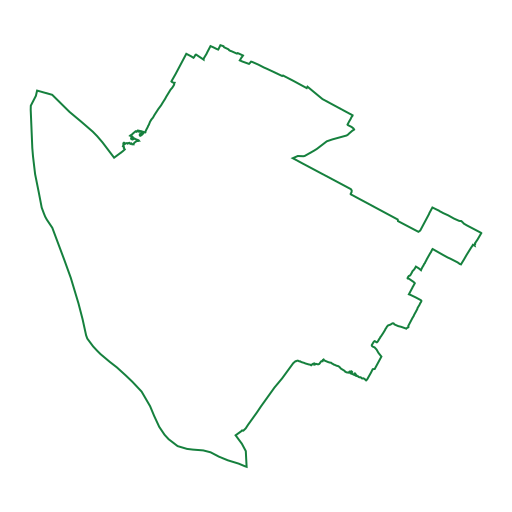 the district of Gogosu, Mehedinti, Romania
{"feature_id": "2599482B64011010556903", "entity_name": "Gogosu", "entity_type": "district", "adm_level": 2, "iso_a3": "ROU", "parent_name": "Romania", "parent_adm1": "Mehedinti", "projection": "orthographic", "projection_center": [22.618, 44.365], "detail": "fine", "context": "isolated", "style": "outline", "palette": "green", "viewbox_px": 512, "rotation_deg": 0, "n_neighbors": 0, "source": "geoboundaries", "source_scale": "gbopen_adm2", "svg_char_len": 5977}
<svg xmlns="http://www.w3.org/2000/svg" viewBox="0 0 512 512"><path d="M407.0,328.9L406.7,328.6L406.6,328.3L407.4,327.7L408.3,327.3L408.5,327.0L408.3,325.9L412.5,317.9L413.8,315.8L414.0,315.1L415.7,312.0L416.0,311.6L416.3,310.8L417.1,309.5L417.7,307.7L419.4,305.0L420.3,303.0L420.8,302.4L421.4,301.1L421.4,300.8L420.9,300.2L415.9,297.5L410.5,294.9L408.9,294.3L412.6,287.3L412.7,286.9L413.2,286.2L414.8,283.2L413.8,282.1L408.9,278.7L408.5,278.6L407.9,278.6L407.6,278.4L407.6,278.0L408.0,277.1L408.8,276.0L410.2,275.4L411.9,272.5L412.4,271.3L414.3,269.3L415.9,266.6L418.7,268.3L421.0,270.2L421.5,268.9L423.0,266.1L423.4,265.7L423.8,264.7L424.2,263.9L424.8,263.3L425.4,261.9L426.1,260.7L426.7,259.4L430.3,253.0L430.8,252.4L432.2,249.5L432.6,249.0L442.8,254.8L447.7,257.5L450.2,258.6L454.3,260.7L457.6,262.4L459.8,264.0L461.0,264.4L461.5,263.5L463.9,259.6L466.6,254.9L471.2,247.5L472.5,245.6L472.9,244.8L474.5,245.6L474.4,245.3L474.5,245.0L475.1,244.3L475.2,243.9L474.9,243.4L477.5,239.6L481.3,233.1L481.0,232.8L466.7,225.3L464.5,224.0L464.2,223.9L461.4,221.1L459.2,220.9L454.0,218.6L448.1,215.3L443.0,213.0L441.6,212.2L439.6,211.2L439.2,210.8L432.4,207.5L429.3,213.2L429.1,213.9L420.3,230.4L419.4,231.2L419.1,231.3L418.4,231.8L398.0,221.1L397.7,219.5L350.9,194.4L350.6,194.0L351.6,192.0L351.7,190.5L351.0,189.3L350.6,189.0L303.0,163.7L292.8,158.2L297.8,156.0L302.5,156.2L303.7,156.2L304.8,155.9L314.0,150.7L316.9,148.9L326.8,141.3L332.4,139.4L346.6,135.5L348.0,134.6L349.1,133.5L352.1,130.9L354.1,129.6L353.6,128.6L352.3,127.5L351.3,126.8L347.9,125.1L347.6,124.8L347.5,124.6L347.7,124.2L349.4,121.0L350.5,119.2L351.1,117.9L351.7,116.8L352.4,116.0L352.6,115.3L322.5,99.1L307.5,86.7L306.7,88.1L294.0,81.2L283.0,75.5L282.2,76.0L266.7,68.7L263.9,67.5L258.5,64.7L252.6,62.1L251.5,61.7L250.9,61.7L250.2,62.7L249.0,63.9L242.3,61.5L239.8,60.4L241.7,57.2L242.1,56.9L243.0,55.5L238.0,53.2L237.6,53.1L237.0,53.6L236.4,53.4L231.2,51.1L230.6,51.0L229.1,50.2L228.9,49.8L228.4,49.3L224.2,47.3L223.8,46.9L223.5,46.2L220.4,45.2L218.4,49.3L218.2,49.6L216.3,48.8L213.1,47.2L210.5,46.1L207.4,52.0L206.5,53.9L204.0,58.0L203.6,59.0L203.6,59.6L196.1,54.6L195.8,54.6L195.5,54.8L194.0,57.3L193.5,57.8L191.1,56.3L186.3,53.8L175.6,74.0L171.4,81.4L171.7,81.8L173.4,82.7L174.5,82.8L174.3,83.2L174.2,84.2L173.8,85.3L172.2,87.8L170.6,89.6L166.2,96.8L165.2,98.7L162.6,102.8L161.1,105.3L158.4,108.9L154.5,114.9L153.0,117.6L151.2,119.7L151.2,119.9L150.1,121.6L148.8,124.9L148.2,125.8L147.7,127.1L146.4,129.5L145.2,132.1L145.3,132.4L145.1,132.5L143.7,132.0L143.6,132.6L142.9,133.8L141.8,134.9L140.9,135.5L140.4,135.8L139.9,135.6L139.7,134.9L139.9,134.2L140.9,133.4L141.9,131.9L142.0,131.5L141.8,131.3L140.0,131.0L139.7,131.4L139.1,131.8L138.0,131.2L138.3,130.6L137.8,130.5L137.2,131.1L136.9,131.6L136.4,131.8L135.9,131.2L135.7,131.2L133.4,133.1L131.7,134.7L130.3,135.5L130.1,135.7L130.8,136.0L131.5,136.0L132.7,137.1L132.2,137.6L131.6,137.5L131.3,138.0L131.4,138.3L131.1,138.4L131.2,138.9L132.3,139.5L133.0,139.3L133.1,139.0L133.6,139.0L133.9,138.5L134.4,138.4L135.4,139.1L138.6,140.3L138.9,140.7L138.5,140.7L138.2,141.0L137.6,141.0L137.6,140.6L137.4,140.5L134.4,142.7L133.9,143.5L133.3,144.0L133.4,144.3L132.4,144.3L132.1,144.3L131.4,143.4L130.3,143.9L129.7,143.0L129.3,142.8L128.1,143.4L127.9,143.5L127.8,143.2L127.3,143.3L126.9,143.1L126.0,143.3L125.0,143.9L124.4,142.9L124.0,142.7L123.4,143.2L123.3,144.1L123.9,144.7L123.5,145.1L123.5,145.4L123.1,145.8L123.0,146.1L123.4,146.2L123.5,145.9L123.7,146.6L124.0,147.2L123.7,147.8L124.8,149.4L122.7,151.3L114.1,157.7L102.5,142.4L97.2,136.2L92.8,131.7L81.0,121.5L69.5,111.9L52.2,94.8L37.1,90.6L35.9,95.8L30.8,105.7L30.7,109.7L32.3,148.0L33.0,156.3L35.1,174.1L38.8,192.5L41.7,207.6L43.9,213.5L45.2,216.7L46.8,219.6L52.3,227.8L64.3,259.9L70.8,277.9L78.5,303.5L82.6,319.3L86.1,335.3L87.3,338.6L93.1,346.4L97.1,350.7L100.5,354.1L109.8,361.9L116.9,367.4L125.8,375.5L132.2,381.6L141.6,391.6L150.1,406.2L154.1,415.8L159.2,426.8L164.5,434.7L168.6,439.2L177.6,446.1L187.0,448.9L192.9,449.6L203.2,450.4L210.6,452.3L219.0,456.7L227.8,460.3L238.6,463.6L244.8,466.2L246.6,466.8L245.8,451.1L241.9,443.8L235.6,435.3L241.7,430.9L241.9,430.5L242.1,430.4L243.1,430.7L243.3,430.7L245.7,428.4L248.1,424.7L256.8,412.6L261.1,406.2L274.5,387.5L282.1,378.4L293.2,363.2L295.5,361.2L296.2,361.2L297.2,360.7L298.0,360.7L299.4,361.4L300.1,361.3L301.4,362.1L304.2,362.9L305.2,363.4L309.0,364.5L310.0,364.6L311.2,365.3L311.5,365.1L312.3,364.2L313.0,363.9L313.6,363.8L313.6,363.6L313.9,363.5L314.5,363.4L314.7,363.6L314.9,363.9L314.7,364.1L314.6,364.6L315.0,364.5L316.2,363.9L317.8,364.3L318.3,364.3L319.3,363.9L321.1,361.4L321.7,361.1L322.1,361.2L322.3,361.1L322.6,361.2L323.1,360.2L323.0,359.9L323.6,359.5L323.9,360.0L324.9,360.7L328.2,362.1L329.9,362.6L331.0,362.7L331.4,363.0L332.4,363.8L333.0,364.0L333.8,364.6L334.6,364.8L336.5,365.7L338.4,366.2L339.6,367.1L340.9,368.6L344.5,370.8L345.2,371.7L346.7,372.4L348.8,372.7L349.3,372.2L349.3,371.8L349.6,371.5L350.0,371.5L350.3,371.7L350.7,371.5L350.9,371.6L351.3,371.6L351.5,371.4L352.1,371.9L352.1,372.1L351.4,372.9L351.0,372.8L350.8,372.4L351.2,372.1L350.5,372.4L350.2,372.7L350.6,373.4L352.6,374.1L353.5,374.6L354.5,375.0L354.3,374.2L354.6,373.4L355.0,373.4L355.3,373.6L355.4,374.1L355.5,374.4L355.7,374.5L356.2,375.0L355.9,375.1L355.7,375.4L355.8,375.7L356.3,375.9L358.1,376.3L358.5,376.9L359.5,377.3L360.2,377.2L361.0,377.5L361.9,378.4L362.5,378.5L363.2,378.3L363.8,378.5L364.6,379.0L366.1,380.4L367.1,379.5L371.0,372.6L372.7,369.2L374.7,369.0L381.4,356.6L378.4,352.8L376.6,349.6L375.7,348.6L374.6,347.4L372.7,346.6L372.0,346.0L371.8,345.7L371.8,345.0L373.7,341.9L374.2,341.4L374.7,341.1L376.6,342.3L376.9,342.3L377.5,341.8L378.6,340.2L378.8,339.5L379.2,339.1L380.2,337.6L380.3,337.1L380.9,336.5L383.2,333.0L385.2,329.7L385.5,328.9L386.2,328.0L386.9,326.7L388.1,325.4L390.5,324.6L390.9,324.3L392.5,323.3L393.2,323.3L393.6,323.4L394.4,324.4L394.8,324.6L398.2,326.1L401.1,326.8L407.0,328.9Z" fill="none" stroke="#15803d" stroke-width="2"/></svg>